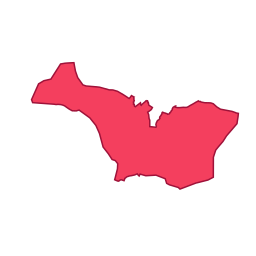 outline of Irepodun/Ifelodun, Ekiti, Nigeria, rotated 201°
{"feature_id": "59680162B16609728895319", "entity_name": "Irepodun/Ifelodun", "entity_type": "district", "adm_level": 2, "iso_a3": "NGA", "parent_name": "Nigeria", "parent_adm1": "Ekiti", "projection": "natural_earth1", "projection_center": [5.241, 7.714], "detail": "fine", "context": "isolated", "style": "filled", "palette": "rose", "viewbox_px": 256, "rotation_deg": 201, "n_neighbors": 0, "source": "geoboundaries", "source_scale": "gbopen_adm2", "svg_char_len": 3579}
<svg xmlns="http://www.w3.org/2000/svg" viewBox="0 0 256 256"><g transform="rotate(201 128 128)"><path d="M121.9,74.9L121.4,74.9L120.8,74.8L119.9,74.8L119.0,74.8L118.4,74.8L118.1,74.9L117.6,75.1L117.1,75.9L116.8,76.4L116.5,76.7L116.2,77.0L115.7,77.2L115.3,77.3L112.8,77.4L112.8,78.3L112.8,78.7L112.8,79.0L112.9,79.3L113.0,79.8L112.5,80.3L112.4,80.5L111.9,81.5L111.4,82.2L111.0,82.5L110.6,82.8L110.1,83.2L110.0,83.3L109.8,83.5L109.4,83.8L109.2,83.9L108.0,84.6L107.4,84.9L107.3,85.0L106.9,85.3L104.9,86.6L104.6,86.9L103.0,88.5L102.0,87.9L100.4,87.2L100.2,89.3L94.3,89.8L85.0,94.0L75.1,94.0L72.1,90.2L69.0,89.8L59.7,90.5L57.6,89.6L44.7,101.1L43.6,101.8L34.7,108.1L30.7,112.6L37.8,131.3L38.2,138.8L37.1,142.2L34.5,149.6L33.2,156.0L27.8,171.1L28.4,173.7L29.3,177.9L30.2,181.2L32.6,180.8L33.3,180.9L36.9,180.8L48.4,178.7L52.6,179.5L57.1,181.2L59.6,181.1L61.5,180.5L63.7,179.7L65.1,179.2L65.4,179.1L68.1,178.6L68.5,178.5L68.8,178.5L69.5,178.5L69.8,178.7L70.4,178.6L70.7,178.3L71.1,178.3L71.4,178.2L71.7,178.2L72.1,178.5L73.1,177.2L73.8,176.5L75.0,174.9L76.9,172.6L77.8,171.6L79.4,169.5L80.0,168.8L80.7,168.3L81.4,167.9L81.8,167.8L82.3,167.7L82.6,167.5L83.1,167.3L83.7,167.2L85.9,166.1L87.6,165.3L89.3,164.7L90.7,164.5L91.2,164.4L91.3,165.1L91.4,165.6L91.8,165.3L92.1,165.0L92.5,164.5L93.1,163.7L93.3,163.4L93.4,162.8L93.5,162.2L93.5,161.6L93.3,161.3L93.3,160.7L93.5,160.1L93.7,159.7L93.8,159.5L93.8,159.3L93.7,158.9L93.7,158.7L93.9,158.3L94.0,158.1L94.2,157.3L94.4,157.2L94.5,157.0L94.5,156.9L94.4,156.8L94.4,156.7L94.4,156.4L94.5,156.1L95.0,155.6L95.4,155.4L95.8,155.2L96.0,155.0L96.5,155.3L97.0,155.4L97.4,155.3L98.0,155.1L98.6,155.2L98.7,155.3L98.8,155.3L99.1,155.2L100.3,155.0L100.6,155.1L100.9,155.1L101.0,155.2L101.5,155.1L101.7,154.4L101.6,153.9L101.4,153.5L101.5,152.9L101.6,152.4L101.7,152.0L101.8,151.6L101.8,151.1L102.0,150.7L102.2,150.2L102.3,149.5L102.1,148.9L101.7,148.4L102.0,147.3L102.3,146.5L103.0,145.8L103.2,145.2L103.3,143.9L103.4,142.8L103.3,142.0L103.2,141.2L102.8,140.6L102.3,140.1L102.2,139.7L102.2,139.0L102.2,138.7L105.6,137.8L108.2,137.1L108.7,138.5L110.5,143.1L111.8,144.5L112.3,145.6L112.6,146.1L113.1,147.1L113.4,147.8L114.0,148.4L115.3,149.8L114.2,151.4L113.0,153.3L112.7,154.4L112.6,155.9L112.8,155.9L113.1,156.0L114.0,156.2L114.6,156.3L115.0,156.4L115.8,156.6L116.7,156.8L116.9,156.9L117.2,157.5L117.5,158.0L117.8,158.5L118.1,159.0L118.5,158.8L118.6,159.0L118.9,159.5L119.2,160.1L119.6,160.4L120.2,160.0L120.3,159.9L120.6,159.9L120.8,160.0L121.1,159.6L121.4,158.7L122.2,157.3L123.5,154.8L123.6,154.5L123.8,153.9L124.3,154.1L125.4,156.0L128.8,150.5L129.5,150.6L129.7,150.8L129.8,150.8L129.9,151.1L130.2,151.3L130.3,151.7L130.4,152.0L130.7,152.3L131.0,152.3L131.2,152.2L131.5,152.3L131.6,153.2L131.7,153.6L132.1,153.9L132.3,154.1L132.2,154.3L132.0,154.6L132.0,155.3L131.9,155.7L132.0,155.9L132.2,156.0L132.4,156.3L132.6,156.3L132.7,156.8L133.0,157.1L132.9,157.4L133.1,157.8L133.2,158.0L133.4,158.2L133.8,158.8L133.6,159.1L136.4,159.5L136.9,157.4L137.5,156.0L138.4,156.1L140.4,156.6L144.2,157.4L151.0,158.5L155.8,158.1L159.1,156.9L169.2,155.9L171.9,155.2L182.2,152.2L185.6,152.1L193.0,157.0L197.4,162.2L200.3,166.9L201.9,169.6L204.4,168.5L208.6,166.6L210.2,165.8L213.9,163.6L217.5,146.0L223.5,142.0L227.3,137.2L228.2,119.9L226.1,117.5L205.6,123.7L203.6,124.1L201.8,125.0L199.4,125.7L197.6,126.0L195.3,126.0L192.6,125.3L189.7,124.6L186.3,124.1L182.5,125.4L180.1,127.2L167.3,123.8L158.9,118.9L152.7,112.7L144.4,101.3L137.1,96.9L131.6,92.9L128.1,93.0L124.8,91.0L123.2,86.0L122.2,77.7L121.9,74.9Z" fill="#f43f5e" stroke="#9f1239" stroke-width="1.5"/></g></svg>